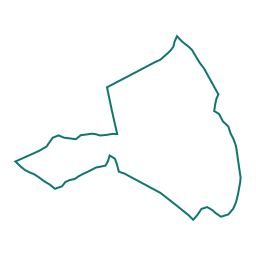 São José dos Ramos, Paraíba, Brazil
{"feature_id": "56859067B22442503406316", "entity_name": "São José dos Ramos", "entity_type": "district", "adm_level": 2, "iso_a3": "BRA", "parent_name": "Brazil", "parent_adm1": "Paraíba", "projection": "natural_earth1", "projection_center": [-35.36, -7.235], "detail": "fine", "context": "isolated", "style": "outline", "palette": "teal", "viewbox_px": 256, "rotation_deg": 0, "n_neighbors": 0, "source": "geoboundaries", "source_scale": "gbopen_adm2", "svg_char_len": 1111}
<svg xmlns="http://www.w3.org/2000/svg" viewBox="0 0 256 256"><path d="M155.4,61.9L107.0,87.3L112.1,111.6L117.2,134.0L112.3,133.9L106.5,134.9L100.1,135.5L95.9,134.2L91.7,133.7L87.1,134.4L80.8,135.2L75.8,139.2L68.3,138.2L64.0,137.7L58.6,135.4L52.7,137.7L49.6,142.1L46.6,146.5L39.2,150.8L15.4,161.5L20.8,166.6L25.0,170.1L29.1,172.2L34.1,174.2L38.7,177.2L44.1,181.2L49.8,184.6L54.9,188.8L61.9,186.4L65.4,182.0L69.5,180.1L74.7,179.0L78.8,176.2L82.4,174.2L88.1,171.6L92.0,169.6L95.9,167.6L100.7,166.6L105.5,165.6L107.9,161.3L109.6,155.5L114.9,158.7L116.6,163.3L118.9,171.7L124.5,173.6L160.4,192.9L176.9,205.8L188.6,215.2L193.2,219.8L197.6,214.7L201.5,208.9L207.2,207.1L212.5,210.2L215.7,213.2L221.0,216.7L228.4,214.4L233.2,208.7L236.0,202.3L237.9,194.7L239.1,188.2L240.1,182.7L240.6,177.7L236.0,146.0L233.4,138.9L230.5,133.2L228.3,126.4L223.0,121.5L219.0,113.9L214.2,111.1L215.2,104.3L216.4,98.7L218.4,94.4L203.9,68.3L200.0,63.2L196.9,58.2L192.1,50.1L189.0,47.0L182.0,41.5L177.0,36.2L174.5,41.9L173.5,46.5L170.7,50.3L167.7,53.3L163.8,56.6L160.3,59.8L155.4,61.9Z" fill="none" stroke="#0f766e" stroke-width="2"/></svg>